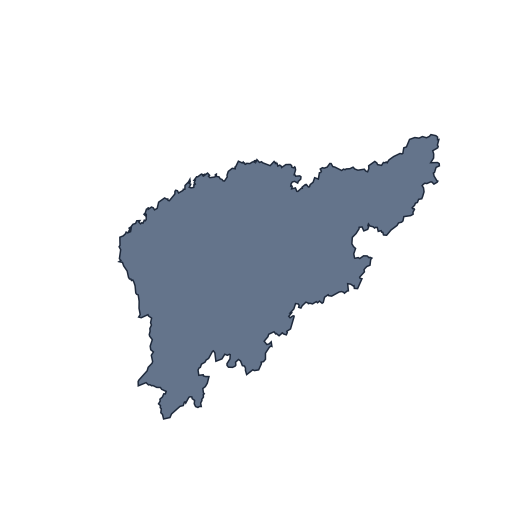 Monaghan Lea-7, Monaghan, Ireland, rotated 296°
{"feature_id": "5873133B95060557510976", "entity_name": "Monaghan Lea-7", "entity_type": "district", "adm_level": 2, "iso_a3": "IRL", "parent_name": "Ireland", "parent_adm1": "Monaghan", "projection": "equal_earth", "projection_center": [-6.973, 54.288], "detail": "fine", "context": "isolated", "style": "filled", "palette": "slate", "viewbox_px": 512, "rotation_deg": 296, "n_neighbors": 0, "source": "geoboundaries", "source_scale": "gbopen_adm2", "svg_char_len": 6131}
<svg xmlns="http://www.w3.org/2000/svg" viewBox="0 0 512 512"><g transform="rotate(296 256 256)"><path d="M401.7,386.5L403.0,386.6L402.9,385.7L405.9,381.0L408.3,379.1L409.4,379.8L414.6,379.0L417.4,381.3L419.3,380.2L419.6,378.2L416.4,372.1L421.9,372.7L425.6,371.0L428.1,368.7L432.9,371.9L434.4,371.7L435.2,370.4L440.9,369.3L440.1,368.2L442.5,367.0L443.0,364.9L441.8,360.0L439.5,359.4L437.0,357.4L436.3,353.2L433.4,350.9L432.1,346.8L428.1,342.9L420.0,343.4L418.0,341.4L412.6,343.0L411.7,342.4L411.3,340.5L405.7,336.1L400.7,333.4L397.2,333.0L397.6,331.8L396.3,331.0L395.9,329.5L392.5,329.1L391.4,325.2L392.6,323.8L393.1,321.3L386.5,317.7L384.1,319.1L380.6,319.4L380.5,317.3L381.5,315.3L377.8,310.0L377.5,306.7L378.4,304.3L375.6,302.1L373.8,298.9L372.6,298.2L372.5,296.6L370.4,295.5L370.5,287.8L370.0,285.8L372.0,283.0L371.5,281.8L367.1,281.0L364.8,278.7L364.5,277.0L362.3,275.6L360.9,277.6L359.4,277.5L358.6,276.5L352.5,278.3L352.1,274.4L347.3,275.0L344.0,273.4L341.7,273.7L341.0,272.8L342.3,270.0L341.6,269.7L341.8,269.0L338.1,267.3L337.2,267.9L337.0,267.2L332.4,265.3L332.0,264.3L334.5,261.6L332.0,258.6L334.1,258.2L334.8,257.3L334.1,256.6L336.3,255.9L338.5,256.2L340.0,258.0L339.8,261.5L341.6,261.3L344.7,262.5L346.9,261.7L347.2,260.2L345.1,256.7L345.9,255.7L345.7,254.7L350.8,253.8L352.7,252.4L353.1,251.7L351.8,251.2L351.5,249.3L352.9,248.3L353.3,246.7L351.3,242.8L346.8,240.3L347.7,239.6L348.1,237.5L346.4,236.2L348.5,234.3L347.7,233.0L348.7,232.7L348.3,231.9L348.9,230.8L343.4,229.1L342.7,220.9L343.2,219.7L341.6,218.1L343.0,214.6L341.1,214.7L341.6,213.8L341.0,212.9L339.7,214.0L339.8,212.8L338.9,211.5L336.4,210.0L335.2,207.0L333.8,206.4L333.8,205.4L334.6,204.9L334.1,203.8L334.8,203.3L333.6,202.6L333.5,198.6L327.2,198.6L326.2,197.7L326.6,198.4L325.3,199.1L324.4,196.2L319.9,194.0L316.0,194.5L314.5,195.5L309.6,194.8L309.1,193.5L309.9,191.9L309.7,190.0L310.9,188.1L310.1,185.4L312.2,184.5L311.2,183.8L309.9,184.6L308.9,184.3L306.2,180.2L306.8,178.4L308.2,178.9L309.3,176.1L304.8,173.8L304.9,173.2L306.0,173.3L305.1,172.6L305.8,172.2L305.7,171.0L301.6,168.9L301.2,167.9L296.9,167.1L297.4,168.2L295.0,168.3L294.0,169.9L293.3,169.6L293.8,168.9L293.0,168.9L290.4,170.0L288.8,167.9L288.5,165.9L291.9,165.9L292.0,164.1L293.8,164.4L295.9,163.0L293.1,162.9L288.3,161.3L284.8,162.8L284.1,161.4L283.0,161.7L278.7,158.8L280.2,156.8L279.9,155.0L278.6,154.8L276.2,155.9L267.7,153.9L267.4,152.6L268.6,151.7L268.0,150.9L268.1,148.4L261.7,144.9L255.5,146.3L253.0,144.6L254.3,142.5L254.2,140.6L250.9,138.8L252.6,137.9L251.1,138.0L250.1,137.0L246.0,137.6L244.4,137.0L243.8,138.7L245.3,138.5L245.4,139.1L240.7,141.3L239.1,141.0L239.2,139.9L235.9,140.0L235.8,138.8L234.3,138.1L235.1,135.8L236.9,136.1L235.4,133.4L232.5,133.5L230.6,131.5L228.2,131.0L226.0,131.7L226.8,130.5L225.4,129.7L224.7,130.9L223.0,130.8L224.2,132.2L222.9,132.6L220.5,130.5L220.6,128.8L218.7,128.9L215.8,127.8L213.2,125.4L206.0,129.1L204.3,128.9L202.4,131.6L193.7,134.4L192.8,136.5L190.9,135.4L191.7,138.8L189.1,141.4L186.0,146.8L180.9,150.8L179.9,152.4L180.4,153.7L179.4,154.8L180.4,155.8L179.0,157.7L176.2,160.4L170.1,164.1L169.3,165.5L169.4,167.2L164.1,170.8L157.7,173.8L152.6,177.6L149.7,177.3L150.2,179.9L155.9,184.6L155.0,185.6L154.4,189.4L149.8,190.5L148.1,192.3L144.3,192.4L142.0,193.8L138.6,194.5L137.4,195.5L135.3,199.5L128.6,200.4L125.6,202.5L124.8,205.9L120.9,205.4L115.8,209.4L114.0,209.6L108.7,207.9L105.1,208.5L93.1,205.1L91.5,205.1L87.7,207.1L94.0,212.7L93.0,215.9L93.9,217.2L93.6,219.1L94.4,220.1L94.4,224.4L95.9,227.7L94.8,229.7L94.9,234.6L92.4,235.0L91.7,233.5L88.3,233.7L85.2,232.4L83.6,233.5L80.4,233.2L79.7,235.7L77.7,236.4L77.2,237.8L73.4,239.2L72.6,241.4L69.0,244.4L73.1,249.5L77.0,249.3L87.5,253.6L89.7,256.2L93.2,255.7L93.8,256.2L93.0,257.3L99.6,257.6L100.6,258.4L101.2,260.1L99.8,261.2L99.3,264.1L96.1,265.3L94.2,267.7L94.4,270.2L95.9,271.1L96.7,272.8L99.6,270.7L102.3,270.8L103.3,270.1L106.1,270.6L108.3,269.4L109.5,269.9L110.0,268.7L113.6,266.3L116.4,267.7L120.3,268.0L127.0,266.6L125.5,263.4L125.2,261.3L126.1,260.6L123.7,256.9L128.1,253.9L130.4,253.9L131.5,254.8L134.9,254.4L138.2,256.7L140.7,256.8L143.1,258.3L151.2,258.7L152.1,259.3L150.9,261.5L143.8,266.1L148.6,270.5L154.0,271.0L154.2,273.8L156.0,275.2L156.0,276.1L152.1,277.7L146.5,277.1L145.0,277.9L144.0,280.0L145.6,283.7L147.8,285.5L149.1,285.7L151.6,284.2L155.3,285.6L154.9,288.1L151.5,291.8L152.0,293.9L150.6,295.7L148.5,296.7L145.3,299.6L152.3,303.0L152.3,304.8L154.8,308.3L161.5,308.1L162.8,307.2L164.4,309.1L167.3,309.8L172.8,307.1L179.8,308.0L181.6,308.9L181.7,309.9L185.5,307.3L182.7,306.3L181.2,304.5L183.0,300.7L188.7,302.1L191.2,301.7L195.8,305.4L194.6,307.8L195.2,308.1L194.4,311.7L198.2,313.3L198.7,312.8L198.0,314.9L198.4,317.8L200.9,317.7L201.8,316.7L205.6,319.0L218.3,316.8L218.8,316.3L218.3,315.4L215.4,313.7L216.1,311.9L220.4,312.9L219.8,311.7L225.0,313.2L230.6,312.4L231.4,315.0L230.6,316.4L228.6,316.8L228.9,319.2L231.5,319.3L236.4,321.1L236.6,323.4L236.1,324.0L237.2,325.2L237.7,327.8L241.4,330.2L240.9,331.8L243.3,332.9L242.5,336.1L243.8,336.8L249.0,335.7L252.8,337.8L252.2,338.7L253.1,341.6L260.2,346.6L261.6,348.6L261.8,350.7L261.3,351.8L264.5,353.3L265.2,354.3L271.3,350.5L272.2,353.5L271.7,356.7L272.2,357.1L270.0,358.6L271.2,361.6L282.0,361.2L281.6,359.3L282.4,358.4L289.3,360.4L291.0,359.1L292.6,359.4L295.1,360.2L297.7,362.5L303.2,360.6L304.9,361.1L304.8,359.0L304.0,358.4L304.8,355.9L303.3,352.6L299.2,350.4L299.4,348.6L297.3,345.9L297.5,345.4L300.8,342.9L306.4,342.2L307.2,339.5L309.0,336.8L315.0,334.4L320.0,336.1L325.6,336.7L327.0,336.1L328.6,338.6L325.8,341.9L328.9,344.7L331.4,344.5L332.4,343.2L334.1,343.0L332.9,345.2L333.6,348.4L333.1,350.4L334.1,350.8L334.8,352.5L331.7,355.1L333.6,357.3L332.5,358.5L332.9,359.5L330.8,361.4L331.9,364.3L338.6,366.0L345.3,369.4L348.2,369.6L350.2,372.0L352.0,372.7L356.2,371.6L360.1,377.3L362.4,378.9L364.2,377.9L367.4,378.0L367.8,377.3L367.2,376.0L367.8,375.2L371.1,376.3L373.3,376.1L374.9,377.6L378.2,377.3L380.1,379.9L382.5,379.7L387.3,378.9L390.7,376.7L392.0,374.5L393.5,374.8L395.4,375.8L396.0,377.8L399.1,380.4L399.6,381.6L398.6,384.4L401.7,386.5Z" fill="#64748b" stroke="#1e293b" stroke-width="1.5"/></g></svg>